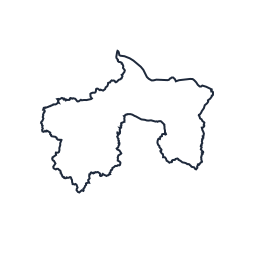 outline of Mahakam Hulu, Kalimantan Timur, Indonesia, rotated 307°
{"feature_id": "22746128B30313932055345", "entity_name": "Mahakam Hulu", "entity_type": "district", "adm_level": 2, "iso_a3": "IDN", "parent_name": "Indonesia", "parent_adm1": "Kalimantan Timur", "projection": "robinson", "projection_center": [114.588, 0.666], "detail": "fine", "context": "isolated", "style": "outline", "palette": "slate", "viewbox_px": 256, "rotation_deg": 307, "n_neighbors": 0, "source": "geoboundaries", "source_scale": "gbopen_adm2", "svg_char_len": 5815}
<svg xmlns="http://www.w3.org/2000/svg" viewBox="0 0 256 256"><g transform="rotate(307 128 128)"><path d="M167.0,193.1L169.2,192.0L170.6,189.9L170.9,189.0L172.7,186.7L173.8,187.7L175.2,187.8L176.0,187.3L176.0,186.6L178.2,185.8L178.4,184.9L178.3,183.4L179.2,181.5L179.0,179.8L180.2,178.2L180.7,176.9L181.2,176.7L181.8,177.2L184.3,177.2L185.8,176.8L189.4,176.7L192.4,175.6L195.4,176.3L197.3,176.2L198.2,175.2L200.9,176.0L203.7,175.9L204.3,175.4L205.0,175.9L205.6,175.9L207.8,174.3L208.0,173.4L207.3,172.6L208.1,171.7L208.2,171.9L209.2,171.6L208.0,165.6L206.6,161.8L205.1,161.4L204.3,160.2L204.5,157.7L205.5,155.1L206.0,152.2L206.0,150.2L204.6,148.1L196.9,140.0L194.1,138.1L195.2,136.2L195.5,133.7L194.6,132.5L193.3,132.2L192.8,131.8L191.2,131.7L190.1,130.9L183.7,121.6L181.4,119.7L180.2,118.2L179.8,114.9L180.1,112.4L183.7,105.2L184.6,101.4L185.1,91.7L184.7,87.4L183.2,82.0L181.2,78.5L181.0,77.2L182.9,75.1L183.4,74.0L183.3,73.2L182.3,73.5L177.7,75.9L176.9,76.8L176.4,79.0L176.2,79.2L175.7,79.2L175.3,79.9L175.3,81.0L176.0,82.2L176.3,83.7L175.5,84.3L175.7,85.2L174.6,87.0L173.0,87.8L172.2,90.7L170.5,91.4L168.6,91.3L168.0,91.5L166.6,91.0L166.1,92.4L163.8,93.0L163.3,92.6L162.5,92.7L160.9,91.6L158.4,91.3L157.2,90.8L157.1,90.1L157.6,88.9L157.3,87.9L156.6,87.4L156.2,86.3L154.4,86.0L153.7,86.3L152.1,85.0L150.7,85.8L148.9,86.3L147.0,85.7L145.3,86.3L142.9,85.6L142.1,83.0L141.3,82.8L141.2,82.5L141.2,80.1L140.4,79.2L139.9,79.1L138.0,80.2L136.8,80.5L136.0,80.0L135.0,78.6L133.5,77.6L132.6,77.4L130.5,79.2L129.9,81.4L128.9,81.1L125.4,78.1L123.8,75.9L122.3,74.4L122.2,73.4L119.7,72.6L118.9,71.8L118.8,71.3L119.6,68.3L118.7,66.2L117.8,65.8L117.5,64.2L117.2,64.0L116.6,63.8L116.0,64.3L115.2,64.3L113.7,62.4L113.7,61.9L112.5,61.7L112.5,61.3L113.1,60.5L112.8,60.1L113.1,59.2L112.8,58.9L112.2,59.0L112.5,58.0L112.2,57.1L109.6,55.9L109.3,54.8L108.5,54.1L108.1,55.8L107.3,56.0L106.5,57.6L106.3,56.9L105.9,56.7L104.4,56.5L103.3,56.0L101.9,54.1L101.0,54.1L99.8,53.1L98.9,53.0L98.1,52.1L97.4,51.9L95.0,50.3L94.8,49.8L94.1,49.7L93.9,48.9L93.4,48.6L91.7,49.2L91.9,49.4L91.9,50.6L91.3,51.4L90.8,51.3L90.3,51.4L90.0,51.8L89.2,51.6L87.4,52.2L87.0,52.8L85.4,53.3L84.7,54.7L82.3,55.3L80.7,55.1L79.7,55.5L79.7,56.4L78.5,57.6L78.5,58.4L77.0,59.0L76.3,60.3L74.8,60.5L73.8,61.7L74.1,62.8L74.7,63.0L75.0,63.4L75.7,63.5L75.7,64.4L76.2,64.9L76.9,64.7L77.2,65.4L77.5,68.7L76.3,69.4L76.3,70.6L75.6,71.0L75.5,72.1L77.2,75.2L77.3,76.8L76.6,77.4L76.5,79.3L77.2,79.9L77.5,81.0L78.3,81.5L78.4,82.1L75.0,83.0L73.6,84.2L70.7,85.2L69.2,86.5L67.3,87.3L66.1,86.9L65.0,85.2L64.3,85.5L63.2,86.8L59.1,85.4L58.8,85.8L57.9,85.9L57.2,86.8L57.0,87.9L57.2,88.6L56.0,91.4L52.1,91.6L51.2,92.6L51.1,93.5L51.5,95.3L52.7,95.8L53.3,96.8L53.0,98.8L53.2,99.2L53.0,100.0L52.3,100.8L51.6,101.1L51.7,101.8L50.8,102.9L50.7,103.7L49.8,104.8L49.8,106.1L50.2,106.2L50.3,106.6L49.7,107.3L50.4,108.5L51.2,109.0L51.6,108.8L52.0,110.0L52.9,110.8L53.9,111.2L54.2,111.8L53.7,112.9L53.2,113.4L52.8,114.5L51.1,116.0L50.5,117.0L49.9,117.4L49.9,117.7L50.8,119.0L50.8,119.4L51.7,119.8L51.7,121.0L50.0,123.6L48.8,123.6L47.4,124.3L46.8,126.5L47.2,127.9L50.4,128.5L50.9,130.2L51.5,130.1L52.7,128.9L54.4,129.2L55.6,128.6L57.4,128.8L58.4,127.8L59.0,128.0L60.2,129.0L60.5,128.9L60.9,129.8L62.4,127.5L64.6,127.7L66.3,125.8L66.9,125.8L67.7,125.0L68.6,125.6L69.5,125.2L70.3,125.3L70.6,125.7L70.6,126.8L70.9,127.6L71.5,127.5L72.0,127.7L72.0,128.3L73.2,128.6L73.6,129.5L74.7,130.4L74.8,132.9L74.5,133.4L73.2,134.2L73.1,134.9L73.9,135.7L74.8,135.8L75.6,135.4L76.2,135.5L76.1,136.2L76.8,139.7L77.5,139.9L78.2,140.6L78.9,140.6L79.3,141.0L79.9,141.0L80.3,141.4L80.7,140.5L81.2,140.4L82.1,140.7L83.0,140.1L84.1,139.8L84.6,140.3L85.7,140.2L86.6,139.6L88.7,140.4L90.0,140.6L91.0,142.0L92.2,142.3L93.0,143.6L93.8,143.8L95.5,143.0L95.9,142.6L96.1,141.6L95.8,139.4L97.9,138.1L98.1,137.6L100.3,136.8L103.0,137.9L103.7,137.9L104.9,134.7L104.4,132.3L104.8,131.3L106.6,131.8L108.3,131.1L109.4,131.1L110.0,129.9L110.5,130.4L110.8,130.3L111.5,128.8L112.3,128.5L112.5,127.5L113.7,126.9L113.9,125.8L114.7,124.5L115.6,124.6L116.6,124.1L117.5,122.5L118.1,122.2L118.3,122.6L117.1,123.6L117.3,124.5L118.9,124.7L120.5,123.7L121.6,122.4L122.9,122.0L123.1,121.3L123.5,122.1L124.2,122.3L125.2,121.5L125.3,121.0L126.1,121.2L127.1,120.0L127.6,120.2L128.1,119.7L130.8,121.4L131.0,121.0L132.1,120.6L133.2,119.4L134.7,118.7L135.1,117.6L135.8,118.1L137.1,118.0L137.9,119.0L138.6,119.0L140.6,121.7L141.3,123.5L141.6,126.0L142.0,127.3L142.9,133.5L144.7,136.6L145.3,138.4L146.1,139.7L148.0,141.8L149.7,146.1L150.5,146.8L150.8,147.9L151.5,148.1L152.9,149.6L153.2,150.4L152.6,155.0L152.2,155.3L152.0,155.2L150.9,156.5L149.8,157.2L148.3,159.0L146.6,160.3L146.6,161.0L145.9,162.1L145.3,161.9L145.0,160.4L143.7,159.1L142.6,159.4L141.9,160.0L140.4,159.1L138.4,160.1L137.9,158.9L137.4,158.8L135.5,159.4L133.9,160.4L132.7,162.2L132.5,163.9L131.6,164.6L130.9,167.7L129.5,168.4L129.1,167.8L128.8,168.0L128.0,170.3L128.1,171.6L126.8,173.0L125.8,173.6L126.8,175.0L126.4,176.7L125.1,178.6L125.3,179.6L125.2,181.9L125.8,182.1L127.1,183.5L127.7,183.4L128.4,182.7L129.1,182.9L129.7,183.3L130.7,184.6L131.9,184.6L133.4,185.9L133.4,187.0L133.0,187.5L133.4,189.7L133.3,192.1L134.4,194.3L134.9,196.1L134.8,197.1L135.5,197.9L135.9,198.9L135.6,199.4L135.7,200.4L135.3,202.1L136.4,204.6L135.7,206.5L136.0,207.3L138.0,207.3L139.0,206.3L140.4,206.2L141.0,205.7L141.4,206.0L141.2,206.8L141.4,206.9L144.3,206.8L145.0,207.4L145.6,207.4L147.2,205.2L148.0,204.8L148.7,203.9L149.5,203.8L150.7,203.1L151.8,203.3L152.3,202.3L152.9,202.9L153.7,202.7L153.7,202.4L154.0,202.5L154.3,202.2L154.1,200.8L154.5,200.5L154.8,199.0L157.0,198.4L157.1,197.2L158.1,196.7L158.8,197.1L159.6,196.4L160.7,196.4L161.9,194.9L163.0,194.6L163.5,194.0L163.9,194.3L164.5,193.9L165.5,194.1L166.0,193.5L165.9,193.1L166.4,192.6L167.0,193.1Z" fill="none" stroke="#1e293b" stroke-width="2"/></g></svg>